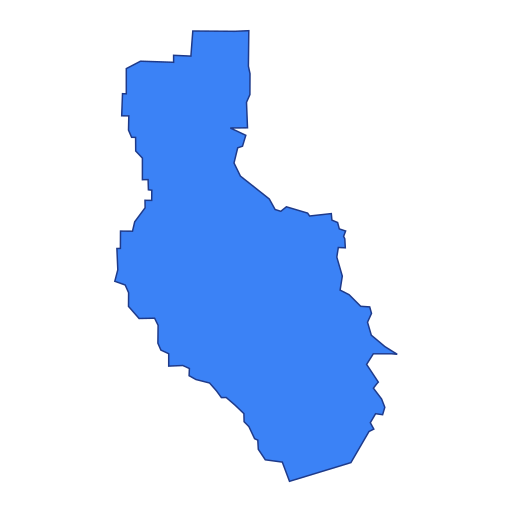 the district of Lake, California, United States of America
{"feature_id": "52423323B37417643745911", "entity_name": "Lake", "entity_type": "district", "adm_level": 2, "iso_a3": "USA", "parent_name": "United States of America", "parent_adm1": "California", "projection": "equal_earth", "projection_center": [-122.747, 39.124], "detail": "fine", "context": "isolated", "style": "filled", "palette": "blue", "viewbox_px": 512, "rotation_deg": 0, "n_neighbors": 0, "source": "geoboundaries", "source_scale": "gbopen_adm2", "svg_char_len": 1450}
<svg xmlns="http://www.w3.org/2000/svg" viewBox="0 0 512 512"><path d="M192.8,31.0L190.9,56.1L173.6,55.3L173.6,62.3L140.5,61.2L126.3,68.6L126.3,93.8L122.5,93.7L121.7,115.8L128.8,115.9L128.5,130.1L131.6,137.3L135.6,137.4L135.7,151.0L142.4,158.1L142.4,179.7L148.1,179.6L148.4,189.8L151.8,190.2L151.7,200.4L145.0,200.3L145.1,207.8L134.7,221.8L132.5,231.2L120.5,231.1L120.4,248.4L116.9,248.5L117.8,269.8L114.8,281.3L125.2,285.0L128.6,292.7L128.5,306.4L139.1,318.5L154.6,318.2L158.1,325.3L157.9,343.2L160.9,350.1L168.7,353.7L168.7,366.1L182.8,365.5L189.4,368.5L189.1,375.7L195.9,379.5L209.6,383.0L216.5,390.9L221.4,397.6L226.2,397.5L235.0,405.1L243.9,413.6L244.1,421.7L248.9,426.6L254.6,438.7L257.8,440.1L258.3,449.3L265.3,459.8L282.3,462.1L289.5,481.3L350.9,462.6L369.0,431.5L373.8,429.1L370.3,422.7L375.6,413.7L382.6,414.7L384.8,407.3L381.6,399.0L373.4,388.2L376.7,383.9L378.3,382.1L366.6,364.4L373.3,353.8L391.8,353.8L397.2,354.3L384.9,346.6L371.3,335.2L367.5,322.2L371.5,313.4L369.7,306.9L360.7,306.3L349.1,294.7L340.1,290.1L342.3,276.1L336.8,257.1L338.3,247.5L345.3,247.8L344.8,238.8L343.6,236.4L345.6,231.0L339.3,228.9L337.6,222.5L331.9,220.1L331.3,213.6L309.6,216.0L307.6,213.1L286.4,206.8L280.8,211.3L275.1,209.5L269.3,199.0L240.4,176.1L234.0,163.0L237.7,147.8L242.5,146.2L245.8,135.3L230.3,128.0L247.5,127.8L246.5,102.3L249.9,94.6L250.0,73.7L248.4,66.2L248.8,30.7L235.0,31.3L192.8,31.0Z" fill="#3b82f6" stroke="#1e3a8a" stroke-width="1.5"/></svg>